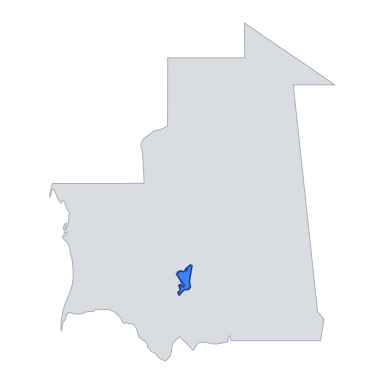 Boumdeid, Assaba, Mauritania (highlighted)
{"feature_id": "47542326B4408163770822", "entity_name": "Boumdeid", "entity_type": "district", "adm_level": 2, "iso_a3": "MRT", "parent_name": "Mauritania", "parent_adm1": "Assaba", "projection": "robinson", "projection_center": [-11.369, 17.747], "detail": "fine", "context": "in_parent", "style": "filled", "palette": "blue", "viewbox_px": 384, "rotation_deg": 0, "n_neighbors": 0, "source": "geoboundaries", "source_scale": "gbopen_adm2", "svg_char_len": 4247}
<svg xmlns="http://www.w3.org/2000/svg" viewBox="0 0 384 384"><path d="M161.2,359.2L160.6,359.0L158.1,357.1L156.9,354.8L155.0,353.0L152.2,351.9L150.5,350.6L149.6,349.1L148.6,348.1L147.6,347.6L147.5,347.0L147.7,346.3L147.5,344.9L145.9,341.9L144.4,340.5L143.1,340.7L142.4,340.3L141.9,339.7L141.8,338.7L140.9,337.8L139.4,337.5L138.2,335.2L137.3,331.1L136.1,327.9L134.6,325.6L133.6,324.7L132.8,324.5L132.6,324.2L132.4,323.5L131.2,323.3L129.6,324.0L128.2,323.7L127.5,322.6L126.5,322.5L125.2,323.4L123.9,323.2L122.4,321.7L121.5,320.2L121.4,318.8L118.8,315.9L113.8,311.5L108.3,309.5L102.3,309.7L99.0,309.5L98.3,308.9L97.5,308.9L96.8,309.7L96.0,309.9L95.2,309.4L94.7,309.8L94.4,310.9L92.4,311.5L88.4,311.5L85.2,312.2L82.7,313.5L79.2,314.1L74.7,313.9L72.0,313.4L71.1,312.6L69.8,312.4L68.2,312.8L66.7,315.0L65.3,318.9L64.2,321.1L63.4,321.6L62.4,324.5L61.9,329.4L61.1,331.5L61.1,319.4L62.5,314.9L62.9,310.9L65.7,302.2L69.0,295.0L72.1,285.5L73.3,276.3L73.0,267.2L72.1,259.2L70.6,253.9L69.2,246.2L67.1,242.2L63.1,238.6L62.2,236.6L63.2,235.8L65.6,235.3L67.2,232.5L63.9,233.6L67.7,225.1L68.9,219.3L68.8,215.6L69.5,213.2L66.7,208.2L64.5,201.8L63.3,200.8L62.1,200.2L62.0,201.7L61.4,203.1L60.0,202.3L57.5,197.6L54.2,190.1L53.0,189.3L51.9,190.4L51.3,191.4L50.1,197.6L49.7,195.1L50.3,192.2L51.1,188.6L52.2,183.5L55.1,183.5L60.5,183.5L71.2,183.5L76.5,183.5L87.2,183.5L92.6,183.5L103.3,183.5L108.6,183.5L119.3,183.5L124.7,183.4L135.4,183.4L140.7,183.4L144.2,183.4L144.0,179.8L143.9,177.0L143.7,173.2L143.5,169.4L143.2,165.6L143.1,162.0L142.9,158.5L142.7,155.1L142.5,152.1L142.2,150.4L141.1,146.9L140.8,145.2L141.2,143.4L141.9,141.7L144.0,138.5L147.2,136.1L150.8,133.3L153.6,131.2L155.0,130.7L159.3,130.0L162.7,128.4L166.1,126.8L167.5,125.9L167.6,123.0L167.7,57.8L184.1,57.8L188.4,57.8L218.5,57.8L222.8,57.8L244.7,57.8L244.7,54.7L244.7,50.3L244.6,44.3L244.6,38.2L244.5,27.5L244.5,23.0L248.8,26.0L257.5,32.0L261.9,35.0L270.6,40.9L279.3,46.9L288.1,52.8L292.4,55.8L296.8,58.8L301.2,61.8L305.6,64.8L314.4,70.7L318.0,73.2L323.7,77.2L329.0,81.0L334.3,84.8L326.2,84.8L315.3,84.8L307.9,84.8L300.3,84.8L293.2,84.8L293.9,90.9L294.6,97.6L295.3,104.3L296.0,111.0L296.8,117.7L298.9,137.8L299.6,144.5L300.3,151.2L301.1,157.9L301.8,164.6L303.2,178.0L303.9,184.7L304.7,191.4L305.4,198.1L306.1,204.8L306.8,211.5L308.3,224.9L309.0,231.6L309.7,238.3L310.4,245.0L311.1,251.7L311.8,258.4L312.6,265.1L313.3,271.8L314.7,285.2L315.4,291.9L316.2,298.6L316.9,305.3L317.6,311.8L320.4,315.2L324.0,319.5L323.0,325.6L321.8,332.8L320.6,340.7L310.8,340.7L301.2,340.7L277.2,340.7L272.4,340.7L248.3,340.7L243.5,340.7L234.3,340.7L231.5,340.5L230.5,339.9L230.2,335.8L229.3,336.1L228.4,337.3L227.9,338.6L228.1,340.3L227.9,341.8L224.8,342.3L220.7,343.3L216.3,344.0L211.8,343.8L210.3,343.4L208.7,342.9L205.2,342.3L203.3,342.2L201.1,342.4L198.5,342.7L197.7,343.5L195.7,346.5L193.8,350.0L192.6,350.0L191.2,348.1L187.4,344.4L182.7,339.6L180.6,337.2L179.5,336.9L177.3,338.7L175.4,340.3L173.4,342.6L172.5,344.9L171.8,347.5L171.5,350.6L170.8,354.2L169.2,357.1L167.3,359.4L165.9,360.4L165.3,361.0L161.2,359.2ZM65.6,227.3L64.1,229.9L63.4,228.9L63.2,227.2L64.5,224.7L65.2,223.4L66.3,223.0L65.6,227.3Z" fill="#d9dde1" stroke="#a8b0b8" stroke-width="1"/><path d="M191.6,265.5L190.5,265.0L190.3,264.9L190.2,265.1L188.3,266.6L185.6,269.0L185.3,269.4L185.3,269.7L185.6,269.9L186.0,270.0L187.0,269.7L186.7,270.7L186.3,270.8L185.6,270.4L185.3,270.5L183.9,271.6L183.3,271.8L182.8,271.7L182.2,271.3L182.0,271.0L179.4,271.1L179.3,271.7L179.1,272.0L178.7,272.1L177.6,272.0L177.4,273.3L177.0,273.7L176.5,274.0L176.6,274.5L177.2,274.9L177.7,275.2L177.8,275.7L177.8,276.4L178.2,276.8L178.6,277.3L179.2,278.3L180.1,279.7L180.4,280.1L180.6,280.8L180.8,281.0L180.9,281.6L181.3,281.9L182.4,282.4L182.2,283.4L182.7,283.9L183.2,284.2L183.8,284.7L184.1,285.1L184.4,285.5L183.6,286.3L183.1,286.9L182.2,286.2L181.8,286.1L181.4,285.2L180.9,284.7L180.5,284.6L180.1,284.6L179.4,284.6L178.9,285.9L180.2,286.2L179.4,287.8L179.5,288.2L179.6,288.3L180.0,288.8L180.3,289.3L180.2,289.7L179.6,291.1L179.2,291.4L177.8,292.4L178.7,294.2L179.3,295.2L180.4,293.9L181.2,292.9L184.4,289.6L188.5,289.5L190.4,287.1L189.9,284.1L189.4,281.0L189.4,280.8L189.6,279.8L191.3,269.8L192.0,265.7L191.6,265.5Z" fill="#3b82f6" stroke="#1e3a8a" stroke-width="1.5"/></svg>